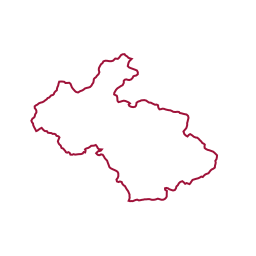 the district of Tarumirim, Minas Gerais, Brazil, rotated 20°
{"feature_id": "56859067B24314979756664", "entity_name": "Tarumirim", "entity_type": "district", "adm_level": 2, "iso_a3": "BRA", "parent_name": "Brazil", "parent_adm1": "Minas Gerais", "projection": "mercator", "projection_center": [-41.91, -19.288], "detail": "fine", "context": "isolated", "style": "outline", "palette": "rose", "viewbox_px": 256, "rotation_deg": 20, "n_neighbors": 0, "source": "geoboundaries", "source_scale": "gbopen_adm2", "svg_char_len": 4575}
<svg xmlns="http://www.w3.org/2000/svg" viewBox="0 0 256 256"><g transform="rotate(20 128 128)"><path d="M215.0,148.5L215.6,146.9L216.6,145.1L218.0,143.9L219.1,143.0L219.6,141.3L220.1,139.7L220.8,138.4L222.1,137.1L223.1,135.5L222.6,133.4L222.5,131.8L222.2,130.4L221.3,129.0L221.8,127.0L221.5,125.0L221.0,123.2L219.3,122.4L217.8,121.7L216.1,121.1L214.1,121.1L212.0,121.1L210.3,121.3L208.5,121.1L206.9,120.6L206.2,119.2L205.8,117.3L204.4,116.8L203.0,116.7L201.4,115.6L199.5,114.8L198.1,114.0L196.3,113.4L195.0,113.8L192.8,113.7L190.9,113.0L189.7,112.7L188.5,112.5L187.5,113.7L186.8,115.6L184.9,115.3L183.0,114.4L182.1,113.3L181.3,112.3L182.0,110.4L182.8,108.3L182.8,106.8L182.6,104.9L181.9,103.2L181.8,101.7L181.6,100.0L181.4,97.8L180.3,96.1L178.4,95.3L176.6,95.6L174.8,95.8L173.2,95.9L171.7,96.2L170.4,95.5L168.8,95.9L167.0,96.8L165.0,97.3L163.4,97.0L161.8,96.9L160.2,97.3L158.9,97.5L157.2,97.7L155.1,97.7L153.7,98.1L152.6,99.0L151.2,99.7L150.0,98.9L149.1,97.8L148.5,96.4L146.9,96.2L145.4,96.9L143.1,96.7L140.8,96.4L139.0,96.9L137.7,96.6L135.7,96.0L133.8,96.2L132.3,96.9L131.0,97.5L130.0,98.6L128.6,99.6L127.4,101.3L127.7,102.9L127.9,104.2L127.4,105.6L125.8,106.6L124.4,106.9L123.0,107.0L121.5,106.7L120.6,105.7L121.4,104.2L119.8,103.7L118.0,103.6L116.4,103.5L114.7,103.8L113.2,104.8L111.7,106.0L110.2,106.9L108.8,106.0L108.0,104.2L107.5,103.0L106.4,101.5L104.8,101.4L103.5,101.2L103.1,99.7L103.4,97.9L103.7,96.2L104.5,94.3L105.9,92.5L106.9,91.1L108.3,89.6L108.6,87.0L107.9,85.2L108.4,83.8L109.7,82.9L111.3,82.8L112.8,82.5L114.3,81.3L115.1,79.6L115.4,77.5L116.4,76.7L117.7,75.9L118.8,74.2L118.2,72.3L116.7,70.9L114.9,70.8L111.5,70.8L110.0,70.8L108.2,70.7L106.6,69.9L106.3,67.6L106.2,66.2L106.4,64.8L107.1,63.3L107.8,61.8L106.2,61.9L104.4,61.9L102.9,61.1L100.6,60.6L99.5,59.8L97.7,60.6L96.5,61.9L96.1,63.3L95.6,65.0L94.8,66.5L92.3,67.1L91.6,68.5L91.0,69.8L89.7,70.8L88.5,71.3L87.2,71.7L85.3,72.0L83.6,72.6L82.1,73.8L81.8,75.8L80.8,77.4L80.4,79.9L80.2,81.7L80.7,83.5L82.0,85.3L81.9,87.6L81.0,89.4L80.5,91.3L79.6,92.5L79.2,93.8L79.6,95.4L79.9,97.3L79.4,99.0L79.2,100.6L78.3,102.5L76.9,103.6L75.4,104.5L74.0,105.6L73.1,107.2L72.0,108.5L70.5,109.7L68.9,111.7L67.0,111.9L65.7,111.5L64.4,110.8L62.9,110.0L61.4,109.0L59.9,107.3L58.8,106.1L57.3,105.6L55.6,106.4L53.8,107.1L52.4,106.4L50.8,106.7L49.0,107.3L47.5,108.0L47.6,110.2L47.9,112.2L47.7,113.7L47.8,115.3L48.2,116.9L47.3,118.3L46.7,119.9L46.7,121.6L46.1,122.7L44.7,123.6L44.1,124.9L43.6,126.3L42.2,127.4L41.8,128.9L40.8,130.2L40.0,131.6L38.8,133.0L37.3,134.0L35.9,135.2L34.8,137.1L33.7,138.2L32.9,139.6L33.6,141.2L35.2,142.2L36.1,143.3L36.6,144.8L36.1,146.9L36.4,149.4L35.8,150.8L35.0,151.8L34.7,154.2L36.0,155.6L37.2,156.2L38.0,157.8L39.6,159.4L41.1,160.7L42.8,162.3L43.8,161.4L44.5,160.3L45.5,158.8L46.8,157.4L48.0,158.1L49.5,158.9L51.0,159.3L52.9,158.7L54.3,159.8L55.9,159.5L57.7,159.0L59.3,159.3L60.6,158.7L62.1,158.7L63.5,159.8L65.5,159.6L66.8,160.3L66.7,162.3L66.6,164.4L67.6,165.7L68.9,166.8L70.7,167.5L72.4,169.5L74.2,169.5L75.5,170.3L76.8,171.0L78.0,172.0L79.3,172.0L80.2,171.1L81.6,171.3L83.0,172.7L84.7,172.2L85.8,171.2L87.4,171.1L88.8,170.4L90.3,169.6L92.7,168.6L94.1,167.5L94.6,165.8L96.1,165.6L95.9,163.8L94.9,162.8L95.8,161.5L97.6,160.2L98.9,158.4L99.5,157.3L100.7,156.8L102.1,156.2L103.5,155.0L105.2,156.0L106.4,157.2L107.9,157.9L109.3,157.5L110.7,157.1L110.3,158.4L109.3,159.3L108.1,159.8L107.4,161.0L106.7,162.6L108.0,163.3L109.3,163.6L110.7,163.2L111.6,162.0L113.4,161.8L115.1,163.0L116.4,164.2L117.8,165.0L119.5,165.8L120.3,166.8L121.3,168.0L122.7,169.6L123.8,171.0L125.3,171.7L127.7,172.0L129.6,172.1L131.5,172.3L133.1,172.7L134.3,173.8L134.8,175.0L135.4,176.6L135.4,178.5L134.8,180.4L135.9,182.0L137.6,182.0L138.7,181.0L140.5,180.9L141.7,182.3L143.4,183.3L145.1,183.7L146.3,184.8L148.0,186.2L149.7,187.3L150.9,188.6L152.2,190.0L152.7,191.5L153.4,192.9L153.6,194.5L153.5,196.2L154.8,196.1L156.2,195.5L157.5,195.1L158.6,194.1L159.7,193.1L161.1,192.2L163.0,192.3L164.3,191.6L165.7,190.7L166.9,190.1L167.9,189.4L169.3,188.9L170.7,188.2L172.5,187.5L175.1,187.3L176.6,186.7L177.8,186.1L178.9,185.3L180.2,184.2L181.8,184.1L183.8,184.0L185.5,183.4L186.8,182.2L187.6,180.5L187.8,179.2L187.2,177.4L186.6,175.7L186.1,173.9L184.0,173.3L183.4,172.0L184.5,171.2L186.3,171.0L187.6,171.4L189.5,171.4L191.7,171.3L193.2,170.3L193.7,168.4L193.5,166.4L194.4,164.7L194.7,162.6L195.6,160.8L197.3,159.4L199.0,160.0L200.8,160.9L201.9,159.7L203.4,159.7L205.0,159.7L205.5,158.4L205.8,156.9L206.4,154.7L207.7,153.7L209.3,152.5L211.1,151.3L212.3,150.1L213.5,148.6L215.0,148.5Z" fill="none" stroke="#9f1239" stroke-width="2"/></g></svg>